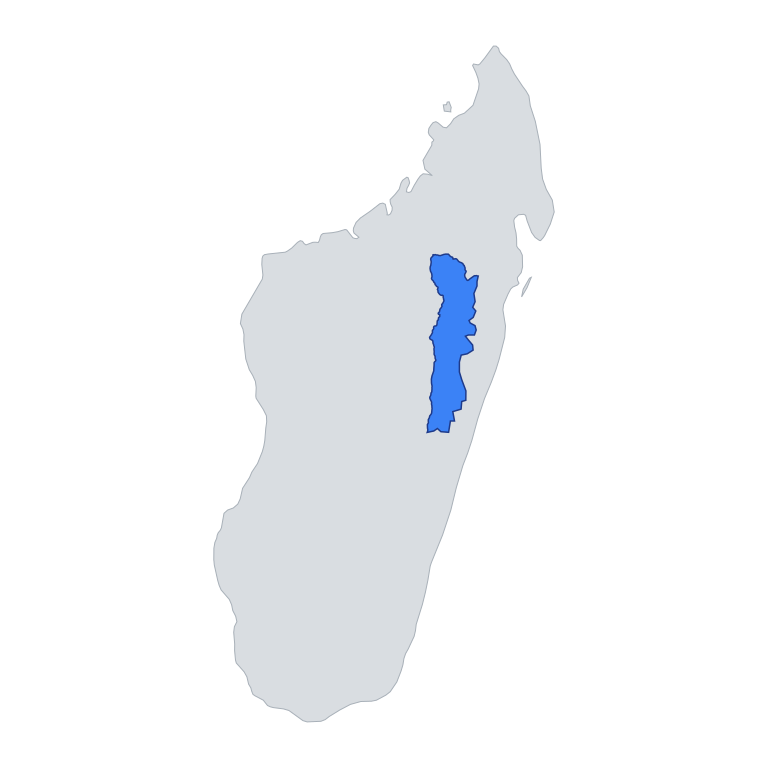 location of Alaotra-Mangoro within Madagascar
{"feature_id": "MDG-5860", "entity_name": "Alaotra-Mangoro", "entity_type": "Autonomous Province", "adm_level": 1, "iso_a3": "MDG", "parent_name": "Madagascar", "parent_adm1": "", "projection": "albers", "projection_center": [48.177, -18.018], "detail": "fine", "context": "in_parent", "style": "filled", "palette": "blue", "viewbox_px": 768, "rotation_deg": 0, "n_neighbors": 0, "source": "natural_earth", "source_scale": "10m", "svg_char_len": 8454}
<svg xmlns="http://www.w3.org/2000/svg" viewBox="0 0 768 768"><path d="M509.6,63.8L511.8,69.0L514.4,74.0L522.5,86.2L526.0,90.9L528.9,95.9L530.3,105.8L535.3,121.3L540.0,144.4L541.2,168.2L542.6,179.1L546.3,189.4L552.3,200.1L554.2,212.0L550.3,224.1L544.7,235.5L543.2,237.7L540.6,240.6L539.5,240.5L535.1,237.4L531.6,232.5L527.2,221.1L525.6,215.3L523.7,214.3L518.4,214.8L514.5,218.4L513.8,220.6L514.6,227.1L516.0,232.9L516.6,238.8L516.7,246.2L518.1,248.4L520.1,250.4L522.3,255.2L522.6,266.8L521.2,272.6L517.4,277.6L517.6,280.4L519.0,283.2L517.6,284.9L512.7,287.1L510.7,289.0L508.0,294.1L503.6,304.4L502.9,309.8L505.5,326.0L504.7,337.4L499.1,359.4L495.9,369.8L491.3,382.2L484.5,398.6L477.7,419.1L471.9,440.3L467.7,453.0L462.9,465.5L456.3,487.7L450.8,510.2L442.6,534.9L431.4,562.5L430.2,566.1L427.9,580.1L425.4,592.3L422.4,604.4L416.2,624.4L415.5,630.5L414.1,636.4L408.2,649.0L405.6,653.6L403.9,658.6L402.9,664.8L401.1,670.9L396.8,682.0L390.3,691.6L385.9,695.1L376.4,700.2L371.5,701.2L360.8,701.5L350.4,704.4L339.6,710.1L329.2,716.5L325.2,719.6L320.9,721.3L307.1,721.9L302.9,720.6L288.9,710.5L283.5,708.9L273.4,707.6L270.3,706.8L267.5,705.5L263.3,700.2L255.0,695.8L253.0,694.4L251.7,691.2L250.8,687.8L248.6,684.1L246.9,676.8L244.1,671.8L236.3,663.0L235.5,660.1L234.6,650.6L234.7,644.1L233.7,632.3L234.4,626.7L236.9,621.7L235.7,616.3L232.8,610.6L231.6,604.7L229.3,599.4L221.1,589.9L219.1,585.2L217.7,580.3L214.3,565.0L213.8,559.6L213.9,548.2L214.9,542.4L216.7,538.3L217.2,535.2L218.3,532.6L220.2,530.4L221.4,527.9L224.0,513.3L227.7,510.0L233.3,508.0L237.8,504.1L240.2,498.9L242.6,488.3L249.5,477.6L251.9,472.0L257.5,463.6L262.3,451.7L263.8,446.2L264.8,440.5L265.8,428.1L266.7,421.8L266.4,415.7L263.3,409.5L256.1,398.2L255.8,396.1L256.2,387.6L255.4,381.4L252.7,375.4L249.3,369.7L245.8,359.0L243.8,341.2L244.0,334.7L242.9,329.0L240.4,323.6L241.9,314.1L262.3,279.1L262.9,275.0L261.8,264.5L262.1,258.4L262.8,256.1L264.4,254.7L268.1,254.0L285.2,252.2L287.4,251.1L291.7,248.1L297.5,242.4L300.2,240.7L302.5,241.3L304.1,243.6L306.0,244.9L312.9,242.3L315.6,242.2L318.3,242.5L319.5,240.2L320.3,237.0L321.3,234.8L323.1,233.5L332.1,232.7L337.8,231.7L345.1,229.5L346.7,229.9L352.8,237.7L354.6,238.4L356.9,238.7L358.9,237.2L354.0,233.1L353.3,230.8L353.5,228.1L356.1,222.4L360.4,218.0L370.0,211.4L379.9,203.7L382.8,203.1L385.3,204.3L387.3,213.3L387.0,214.8L388.6,215.0L390.5,213.8L392.1,210.2L392.2,207.2L390.8,204.3L390.2,201.9L390.1,199.6L395.2,194.3L399.2,189.2L401.0,183.1L402.6,180.3L406.8,177.2L408.1,177.7L409.0,180.2L409.6,182.9L408.5,185.6L407.0,188.3L406.4,191.8L408.8,192.5L411.0,191.6L414.3,185.2L418.0,179.1L420.3,176.0L423.1,173.8L427.7,174.2L432.3,175.6L424.9,169.2L423.0,160.4L431.8,145.3L431.9,142.1L433.2,141.1L433.8,139.9L429.2,134.8L428.3,132.3L428.9,128.4L431.1,125.0L433.1,122.6L435.9,121.7L438.2,123.0L443.1,127.2L446.5,127.8L450.5,123.8L453.8,118.8L458.8,115.3L464.4,113.2L473.0,105.3L478.6,88.8L479.1,83.9L477.9,78.1L475.9,72.5L472.6,65.5L473.5,64.0L478.2,64.9L479.8,64.0L484.9,57.8L493.4,46.1L496.2,46.1L498.6,48.3L499.4,51.6L501.1,53.9L506.7,59.6L509.6,63.8ZM450.7,110.1L450.8,111.9L444.3,111.1L443.3,104.9L446.5,104.7L447.2,102.1L449.1,101.8L451.2,107.4L450.7,110.1ZM527.0,287.7L521.6,296.9L523.2,289.2L529.5,278.2L531.3,277.3L527.0,287.7Z" fill="#d9dde1" stroke="#a8b0b8" stroke-width="1"/><path d="M428.4,422.3L428.3,421.3L428.3,420.1L428.3,419.7L428.4,419.4L429.1,418.2L429.4,417.5L429.5,417.0L429.6,416.4L429.7,416.0L429.8,415.8L430.5,415.0L431.3,413.8L431.5,413.4L431.6,413.0L431.7,412.2L432.0,409.0L432.1,408.3L431.9,407.3L431.9,405.6L431.6,404.8L431.6,404.4L431.5,403.9L431.6,402.5L431.6,402.1L431.5,401.8L430.0,398.8L429.9,398.4L429.8,397.7L429.8,397.3L429.9,397.0L430.7,395.4L430.9,394.7L430.9,394.2L431.0,393.6L431.0,393.2L431.1,392.9L431.4,392.6L431.6,392.2L431.8,391.7L431.8,391.2L432.0,388.8L431.9,387.7L432.1,386.0L432.0,385.7L431.7,384.3L431.5,383.1L431.4,379.2L432.0,375.9L433.6,371.3L433.8,370.5L433.8,369.8L433.8,369.2L434.1,365.0L434.1,363.2L434.2,362.7L434.2,362.4L434.3,362.3L434.6,361.9L435.3,361.2L435.5,361.0L435.8,360.5L435.8,360.2L435.8,359.9L435.7,359.6L435.6,359.4L435.2,358.7L435.2,358.4L435.1,357.9L435.1,356.5L435.0,356.1L434.3,354.8L434.2,354.5L434.1,354.1L434.2,351.0L434.2,350.9L434.1,350.7L434.0,349.8L434.0,348.8L434.0,348.3L434.2,347.8L434.3,347.4L434.3,347.0L434.3,346.8L434.0,346.3L433.8,345.8L433.6,344.7L433.4,344.2L433.1,343.5L433.0,343.2L432.8,341.0L432.7,340.7L432.4,340.4L432.2,340.2L431.5,339.9L431.1,339.6L430.9,339.5L430.2,339.1L430.0,338.9L429.9,338.6L429.8,338.4L429.6,337.3L431.1,335.1L432.4,332.8L432.5,332.2L432.4,331.6L432.4,331.2L432.4,330.6L432.5,330.3L432.6,330.1L433.2,329.6L433.5,329.1L433.6,328.8L433.7,328.4L433.6,327.6L433.7,327.0L433.9,326.6L434.0,326.4L434.3,326.2L434.5,326.1L435.0,326.0L435.3,326.0L435.6,326.0L436.0,325.9L436.5,325.4L436.8,325.1L436.9,324.7L437.1,323.2L437.2,321.3L437.4,320.6L437.6,320.3L438.1,320.1L438.3,319.9L438.4,319.6L438.4,318.5L438.5,317.8L438.7,317.5L438.9,317.3L439.4,316.9L439.7,316.6L439.7,316.3L439.7,315.7L439.8,315.2L439.8,314.8L439.8,314.6L439.6,314.5L438.7,314.4L438.5,314.2L438.3,313.9L438.2,313.4L438.3,313.1L438.4,312.8L439.0,312.3L439.3,312.0L439.5,311.6L439.9,309.5L440.1,309.1L440.2,308.8L440.7,308.3L441.0,307.9L441.6,307.0L441.9,306.5L442.0,306.1L441.7,305.2L441.7,304.7L441.8,304.4L441.9,304.2L442.3,303.8L442.6,303.5L443.6,301.6L443.9,300.9L443.9,300.4L443.9,300.1L443.7,299.9L443.6,299.6L443.6,299.2L443.5,298.5L443.4,298.1L443.3,297.8L443.2,297.5L443.2,297.0L443.2,296.2L443.1,295.7L442.7,295.3L442.1,295.3L441.5,295.3L441.2,295.3L440.9,295.2L440.7,295.1L439.8,294.5L439.2,293.8L438.1,292.3L438.0,292.0L438.0,290.8L437.9,290.3L437.7,290.0L437.5,289.7L437.4,289.5L438.0,287.9L438.0,287.4L437.9,287.1L437.7,287.0L437.2,286.7L436.8,286.5L436.6,286.4L436.4,286.2L436.2,285.7L435.9,285.3L435.7,285.1L435.3,284.8L435.1,284.5L435.0,283.6L434.9,283.3L434.8,283.1L434.6,282.9L434.3,282.7L434.0,282.4L433.9,282.3L433.8,282.0L433.6,281.5L433.5,281.3L433.3,281.1L433.2,280.9L432.9,280.5L432.2,279.9L431.9,279.4L431.6,278.8L431.5,278.3L431.6,278.0L431.7,277.6L431.9,277.2L432.0,276.8L431.9,275.0L431.7,273.8L431.5,273.2L431.3,272.7L430.6,271.4L430.5,271.1L430.1,268.8L430.1,267.9L430.3,266.7L430.3,266.4L430.7,265.6L430.8,265.2L431.2,262.2L431.2,261.8L431.1,261.2L430.7,259.4L430.7,259.0L430.8,258.6L431.1,257.9L431.4,257.5L431.7,257.2L432.3,256.7L432.7,256.3L432.9,256.0L432.9,255.6L432.9,255.0L433.0,254.8L433.2,254.7L433.4,254.7L433.8,255.0L434.1,255.0L434.4,254.9L434.8,254.7L435.1,254.6L435.3,254.6L435.6,254.7L436.1,254.9L436.6,255.0L437.2,255.0L437.5,255.0L437.8,255.0L438.0,255.1L438.5,255.4L438.7,255.5L439.0,255.5L440.2,255.6L440.5,255.6L440.8,255.5L441.0,255.4L441.3,255.3L441.5,255.2L442.4,255.0L442.6,254.9L443.3,254.6L443.5,254.5L445.8,254.1L446.4,254.1L446.7,254.2L447.0,254.2L447.3,254.2L447.8,254.1L448.1,254.1L448.3,254.2L448.5,254.4L449.1,254.9L449.8,255.8L450.0,256.0L450.6,256.4L451.0,256.7L451.2,256.9L451.5,257.0L452.3,257.1L452.6,257.3L452.8,257.7L452.9,258.7L453.0,258.9L453.1,259.1L453.3,259.1L453.8,258.9L454.1,258.9L454.7,258.9L455.8,258.7L456.1,258.8L456.3,258.9L456.7,259.1L457.2,259.6L458.6,261.4L459.4,261.9L459.9,262.2L460.9,262.5L461.9,263.0L462.7,263.5L463.0,263.9L463.1,264.1L463.3,264.7L463.4,264.9L463.6,265.0L464.0,265.3L464.2,265.5L464.3,265.7L464.4,266.4L464.5,266.6L464.8,267.1L464.9,267.3L465.0,267.6L465.1,268.8L465.0,269.4L465.0,269.6L465.1,269.9L465.3,270.1L465.4,270.3L465.9,270.8L466.0,271.0L466.1,271.3L466.1,271.6L466.0,271.8L465.8,272.3L465.1,273.7L464.8,274.1L464.7,274.7L464.7,275.0L464.7,275.7L464.8,276.2L464.9,276.8L465.4,277.7L466.9,280.0L467.1,280.2L467.3,280.3L467.6,280.4L467.8,280.4L468.1,280.3L468.3,280.2L468.8,279.9L469.1,279.6L470.0,278.8L474.1,275.9L474.4,275.8L474.6,275.8L474.9,275.7L475.5,275.8L476.3,275.6L476.6,275.6L477.6,276.0L477.9,276.1L478.2,276.1L477.0,281.6L477.0,286.0L473.9,293.5L475.1,301.7L472.7,307.3L475.8,311.0L473.2,317.4L469.0,320.5L470.2,323.0L475.0,325.6L476.2,330.0L474.4,335.0L468.4,335.0L465.4,336.2L468.4,340.0L472.6,345.0L473.1,350.1L467.2,353.8L461.2,355.1L459.4,362.0L459.4,372.0L461.7,379.6L465.9,390.9L465.8,400.3L461.7,401.5L461.1,409.1L452.8,411.6L454.5,421.0L450.4,421.0L448.6,432.3L440.9,431.7L437.4,428.5L433.8,431.0L427.2,432.4L427.6,431.2L427.8,429.9L427.8,429.6L427.7,429.2L427.6,428.7L427.5,428.2L427.4,425.1L427.4,424.5L427.6,424.2L428.1,423.4L428.3,423.0L428.4,422.6L428.4,422.3Z" fill="#3b82f6" stroke="#1e3a8a" stroke-width="1.5"/></svg>